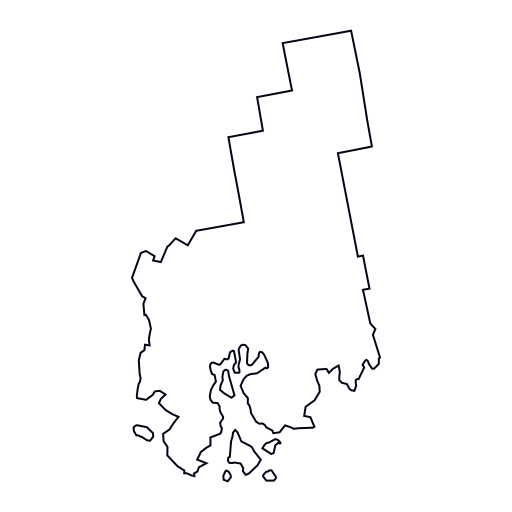 the district of Hancock, Maine, United States of America
{"feature_id": "52423323B62480653230445", "entity_name": "Hancock", "entity_type": "district", "adm_level": 2, "iso_a3": "USA", "parent_name": "United States of America", "parent_adm1": "Maine", "projection": "orthographic", "projection_center": [-68.461, 44.676], "detail": "fine", "context": "isolated", "style": "outline", "palette": "ink", "viewbox_px": 512, "rotation_deg": 0, "n_neighbors": 0, "source": "geoboundaries", "source_scale": "gbopen_adm2", "svg_char_len": 3942}
<svg xmlns="http://www.w3.org/2000/svg" viewBox="0 0 512 512"><path d="M351.1,30.7L282.7,43.1L285.0,55.2L292.0,90.5L257.1,97.1L262.9,130.7L228.4,137.2L230.9,151.5L234.7,173.0L236.1,180.1L241.1,207.2L243.8,222.2L220.7,226.4L196.2,230.8L187.8,245.3L175.6,238.3L169.2,245.3L167.3,246.8L160.8,262.1L153.1,260.5L154.6,256.2L145.9,251.0L140.9,253.0L132.0,277.9L133.5,281.3L142.1,296.2L145.6,298.2L143.4,303.8L144.4,315.0L145.8,314.7L149.0,320.0L150.9,328.7L149.5,335.0L148.9,339.4L149.6,345.4L145.0,344.7L144.4,350.2L140.6,352.8L138.8,360.3L139.6,373.2L139.6,373.5L140.6,378.6L140.1,381.1L139.8,382.1L138.8,383.5L137.6,389.3L136.8,396.4L137.1,398.1L146.1,399.8L152.7,394.9L154.2,392.3L155.3,391.3L159.8,390.8L165.5,394.5L163.2,396.7L160.8,399.0L158.9,403.1L165.7,410.1L172.5,414.3L178.5,416.8L173.3,423.6L169.4,429.6L163.1,433.8L163.6,441.1L167.5,447.0L167.3,455.4L177.5,466.2L184.3,470.5L184.2,473.3L186.1,473.2L187.6,473.6L190.9,475.2L191.7,475.5L194.4,476.1L194.0,473.5L197.4,471.5L198.9,467.3L206.4,463.2L197.2,459.6L200.9,452.0L206.3,447.8L210.5,445.4L210.4,437.4L213.8,436.2L220.4,433.6L221.4,431.3L221.9,428.1L220.6,426.0L220.2,422.7L223.0,418.6L223.1,416.7L220.5,412.4L219.5,408.4L219.7,406.8L217.7,403.1L212.8,402.7L210.6,399.9L210.0,398.0L209.8,396.2L210.9,390.1L213.5,385.0L215.9,381.6L214.6,375.0L212.0,374.0L210.5,369.8L210.0,366.1L210.4,364.3L211.5,362.9L213.2,362.5L218.9,364.8L220.2,364.4L224.5,358.8L227.0,359.4L228.6,358.5L230.0,352.4L232.6,350.6L234.0,351.2L236.1,362.4L233.9,365.0L233.2,368.6L234.6,372.6L238.0,372.9L239.4,372.4L239.4,369.6L238.5,367.5L238.6,364.8L240.0,359.3L238.6,349.7L239.7,347.1L241.1,345.4L243.1,344.7L244.5,345.0L245.5,345.2L248.2,348.7L247.4,353.6L247.0,363.4L248.7,365.2L250.4,365.4L251.9,364.8L258.5,356.9L259.0,353.3L259.9,351.9L262.3,352.3L264.1,354.7L264.5,355.5L267.9,362.9L268.2,367.0L267.5,368.0L266.6,368.3L265.5,367.6L257.0,373.3L250.3,374.2L246.6,375.8L243.4,379.6L240.6,385.8L241.9,388.9L243.7,393.3L246.5,396.5L247.9,398.1L247.8,403.6L249.2,405.0L250.5,409.1L251.0,413.0L256.1,421.7L259.3,423.7L262.7,423.5L265.0,425.2L266.2,427.3L272.4,430.6L273.4,433.2L279.6,432.3L285.1,425.4L291.6,427.6L293.8,428.8L298.8,428.2L312.8,427.7L314.4,426.8L310.4,417.2L304.2,415.9L305.4,408.3L305.6,406.8L314.6,400.3L319.7,391.8L319.4,385.9L317.2,380.7L315.3,374.1L316.4,371.8L317.3,369.6L326.5,368.9L328.9,372.9L333.0,368.8L338.6,365.5L339.8,371.7L339.2,377.7L339.3,380.1L341.7,382.7L346.9,384.1L349.5,388.9L351.4,390.3L354.4,390.8L356.2,385.7L355.7,382.8L355.8,380.1L357.1,379.0L358.6,379.1L364.2,367.5L362.6,364.9L365.1,360.7L366.4,359.9L367.9,361.1L368.8,363.7L372.1,368.7L374.0,368.7L378.8,363.9L378.8,358.7L380.0,357.5L372.9,334.8L375.4,329.0L370.3,323.5L364.7,297.7L362.9,289.8L369.5,288.6L368.2,282.1L363.0,255.6L357.9,256.6L337.9,153.2L341.5,152.5L371.9,146.5L367.2,120.2L359.8,73.4L351.1,30.7ZM228.3,457.7L227.9,460.7L229.4,462.9L232.8,463.0L234.1,462.5L240.6,463.5L243.2,468.1L242.9,471.2L245.7,474.9L248.8,473.6L257.5,465.3L260.8,459.7L254.2,451.4L251.9,447.2L249.7,445.7L241.4,441.5L237.6,432.5L235.2,429.9L233.1,432.5L232.4,436.9L231.1,441.1L229.8,456.8L228.3,457.7ZM220.5,385.6L220.0,389.9L224.3,393.4L231.4,397.7L234.5,395.4L228.9,375.8L228.2,370.9L226.4,369.8L225.0,369.9L223.4,371.4L222.4,376.7L222.8,380.3L220.5,385.6ZM133.5,427.6L134.0,431.3L136.3,435.3L138.1,435.4L140.2,436.4L142.0,437.0L144.2,438.5L147.3,440.4L150.1,440.7L153.2,436.7L153.0,433.1L146.8,427.2L137.4,425.3L136.8,425.2L135.2,425.9L133.5,427.6ZM264.6,444.8L262.4,448.3L271.3,454.0L273.6,453.1L275.4,445.2L278.6,442.5L279.3,443.4L280.4,443.2L280.0,442.0L277.7,439.8L275.2,439.2L269.0,442.5L266.5,443.1L264.6,444.8ZM263.1,475.8L263.1,476.4L266.3,480.6L273.9,480.6L275.9,478.2L276.0,477.0L271.5,470.3L269.7,470.3L268.2,471.4L266.2,471.8L263.4,474.7L263.1,475.8ZM223.3,476.0L223.7,479.8L227.7,481.3L230.9,477.3L230.5,474.6L228.6,471.7L226.5,470.5L225.3,471.4L223.3,476.0Z" fill="none" stroke="#020617" stroke-width="2"/></svg>